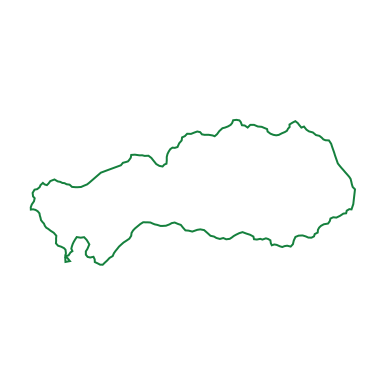 the district of Bela Vista do Toldo, Santa Catarina, Brazil, rotated 83°
{"feature_id": "56859067B62189551957351", "entity_name": "Bela Vista do Toldo", "entity_type": "district", "adm_level": 2, "iso_a3": "BRA", "parent_name": "Brazil", "parent_adm1": "Santa Catarina", "projection": "albers", "projection_center": [-50.481, -26.437], "detail": "fine", "context": "isolated", "style": "outline", "palette": "green", "viewbox_px": 384, "rotation_deg": 83, "n_neighbors": 0, "source": "geoboundaries", "source_scale": "gbopen_adm2", "svg_char_len": 3614}
<svg xmlns="http://www.w3.org/2000/svg" viewBox="0 0 384 384"><g transform="rotate(83 192 192)"><path d="M240.5,325.6L239.8,322.2L237.2,320.0L236.1,317.9L233.6,318.7L231.5,317.9L229.0,316.7L227.0,315.4L224.8,313.7L222.7,311.9L223.8,308.0L223.7,304.6L226.7,302.4L229.1,301.3L231.5,300.3L235.7,302.7L238.0,304.6L241.3,305.0L243.7,303.5L244.6,301.1L244.3,297.7L247.0,296.8L249.7,297.0L251.3,294.4L252.9,292.1L253.3,289.5L251.4,287.0L249.7,284.6L247.4,281.9L245.9,278.5L243.3,277.0L241.2,275.1L239.4,273.2L237.3,271.1L235.8,269.0L233.8,266.1L232.3,263.0L230.7,259.9L228.1,257.7L225.3,257.0L223.0,255.2L221.2,253.0L219.6,250.5L217.5,247.2L216.1,244.2L216.7,239.7L217.2,237.0L218.5,234.9L219.6,232.9L220.4,230.5L221.8,227.5L222.1,225.1L222.3,222.0L221.4,218.3L220.4,215.9L220.2,212.9L222.0,209.8L223.3,207.1L226.4,205.2L229.3,203.2L229.9,200.2L231.3,196.5L230.2,191.4L230.1,188.3L231.3,184.6L235.0,181.3L237.7,179.0L238.9,175.6L240.6,173.4L242.0,170.0L241.5,166.6L243.1,163.8L243.1,160.3L242.0,158.0L240.8,156.0L239.8,153.6L238.6,150.1L238.0,146.7L239.8,143.3L241.5,139.6L243.7,136.5L246.4,136.2L247.1,133.4L246.8,130.0L247.8,127.9L247.0,124.3L247.9,122.2L249.5,120.1L252.5,120.0L254.6,119.3L254.1,116.7L254.8,114.4L256.6,111.4L257.6,109.1L257.0,106.7L256.9,104.1L258.2,100.7L256.1,98.2L252.6,96.9L249.2,94.8L248.3,91.5L248.6,87.5L250.0,84.4L251.4,82.1L251.9,79.0L250.9,76.3L248.7,75.3L247.6,72.2L244.9,71.6L242.8,70.1L241.3,68.1L240.1,65.1L239.9,60.8L237.7,58.8L235.2,57.8L234.3,54.9L235.0,51.8L233.7,48.0L231.9,44.4L231.9,41.6L229.4,40.7L228.2,38.0L228.7,35.8L223.7,33.4L209.2,29.9L206.6,31.9L203.7,32.4L201.4,32.6L198.3,33.0L196.1,34.1L193.7,35.7L191.1,37.5L188.5,39.2L186.5,40.6L183.9,42.3L181.4,43.8L178.6,44.4L175.4,45.1L173.1,45.6L170.2,46.1L166.1,47.0L163.8,47.5L161.1,48.0L157.5,49.8L156.9,53.2L155.8,55.2L153.9,56.6L151.8,58.7L150.6,62.0L147.6,64.8L146.1,68.5L144.1,70.8L140.7,72.9L141.4,75.6L138.3,77.6L136.5,78.6L134.3,80.8L135.4,83.8L136.9,87.0L139.4,87.2L140.9,89.0L142.8,90.3L143.8,92.5L144.7,95.7L145.9,98.9L146.0,101.5L145.2,104.2L143.7,107.0L141.2,109.6L138.7,109.8L137.2,112.5L135.8,114.9L135.0,118.7L132.9,122.3L132.5,126.0L134.8,128.9L132.4,131.6L131.8,134.3L128.5,135.1L126.7,136.2L125.8,139.1L125.8,142.4L128.5,143.8L130.1,145.5L131.3,148.3L132.1,151.5L132.4,154.0L134.9,157.5L137.7,160.1L139.4,162.7L138.4,164.6L137.3,168.3L136.8,172.5L136.0,175.1L133.6,176.6L132.6,179.4L133.3,182.5L134.2,185.9L133.6,189.7L135.7,192.3L136.6,195.2L139.6,196.0L142.1,198.8L145.6,200.9L146.1,203.7L145.6,206.0L146.8,208.3L148.9,210.1L151.3,211.7L154.2,212.8L157.6,213.2L160.8,213.9L161.4,216.1L163.1,218.1L162.1,221.2L159.9,224.1L158.1,225.2L155.7,226.7L153.2,228.2L150.7,230.8L150.4,234.6L149.5,236.9L149.2,239.7L148.0,244.1L147.8,247.8L150.5,248.6L152.3,250.2L153.8,251.8L154.2,254.0L154.6,257.0L156.8,259.3L160.0,273.0L161.7,280.1L170.3,292.9L171.7,295.2L172.5,298.2L173.5,301.5L173.3,304.8L173.0,307.2L172.3,310.5L169.8,312.6L169.0,315.6L167.7,317.4L167.2,319.6L165.9,321.5L165.1,324.0L162.8,327.0L163.9,331.3L166.1,333.4L167.5,335.2L166.5,337.4L164.8,338.9L166.8,341.6L168.6,342.6L170.3,345.3L170.5,348.0L173.5,350.3L177.0,350.3L179.0,348.9L182.0,350.0L184.8,352.5L187.5,353.9L189.8,354.1L189.8,351.8L190.7,349.5L192.3,347.5L194.6,346.0L196.9,345.9L199.1,345.5L201.5,345.3L203.7,344.0L205.3,342.8L207.6,342.2L209.7,341.0L211.0,339.3L213.3,337.0L215.6,334.2L218.9,332.0L221.7,332.6L223.9,332.8L226.4,333.3L229.0,331.5L230.3,328.6L232.1,325.9L233.9,324.6L237.4,324.6L240.5,325.6ZM240.5,325.6L242.7,325.9L246.0,326.1L245.7,321.6L242.5,323.6L240.5,325.6Z" fill="none" stroke="#15803d" stroke-width="2"/></g></svg>